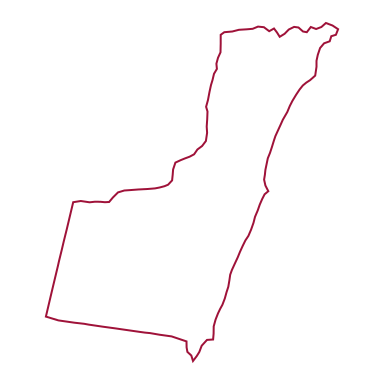 Vila Velha, Espírito Santo, Brazil
{"feature_id": "56859067B3847278912297", "entity_name": "Vila Velha", "entity_type": "district", "adm_level": 2, "iso_a3": "BRA", "parent_name": "Brazil", "parent_adm1": "Espírito Santo", "projection": "natural_earth1", "projection_center": [-40.359, -20.427], "detail": "fine", "context": "isolated", "style": "outline", "palette": "rose", "viewbox_px": 384, "rotation_deg": 0, "n_neighbors": 0, "source": "geoboundaries", "source_scale": "gbopen_adm2", "svg_char_len": 1922}
<svg xmlns="http://www.w3.org/2000/svg" viewBox="0 0 384 384"><path d="M197.4,149.5L194.1,154.3L189.6,156.7L185.0,158.4L180.8,160.1L175.4,162.6L173.1,169.5L172.7,174.7L172.1,180.4L168.1,184.7L164.5,186.2L159.6,187.5L155.0,188.4L147.6,189.0L138.0,189.5L131.5,190.0L124.3,190.5L118.0,192.4L112.9,197.5L109.1,202.0L104.9,202.2L100.5,201.8L95.1,201.7L89.6,202.3L80.8,201.0L73.2,202.2L71.7,208.5L66.8,229.1L63.8,241.2L61.7,250.1L59.0,261.1L57.9,266.0L52.4,289.0L50.6,296.6L45.9,316.6L58.4,320.4L74.4,322.7L84.2,323.8L88.6,324.6L102.9,326.7L115.5,328.4L120.3,329.1L139.8,331.9L144.9,332.6L150.1,333.1L159.4,334.7L171.6,336.4L186.5,341.4L186.6,347.4L187.4,351.9L191.3,355.5L193.0,361.0L196.8,356.0L199.3,352.0L201.7,345.7L207.0,339.9L213.1,339.5L213.6,333.7L213.7,326.4L215.6,319.5L218.0,313.4L220.2,308.8L222.4,304.8L224.8,298.5L226.6,292.0L228.3,286.8L229.4,280.3L230.2,274.7L231.9,270.0L234.6,264.1L237.8,257.2L240.0,251.8L242.7,245.9L245.4,240.4L248.4,235.9L251.1,229.6L253.5,222.8L255.0,216.9L257.7,210.5L259.8,204.5L262.2,199.0L264.6,194.3L268.3,191.2L265.4,185.5L264.1,179.6L264.9,174.7L265.4,169.9L266.6,164.1L267.8,158.3L270.0,152.9L271.9,147.1L273.9,140.6L275.4,136.1L278.5,129.3L280.8,124.3L282.8,119.8L287.3,112.0L289.8,106.0L292.4,100.9L296.2,94.6L299.6,89.5L302.8,85.5L306.3,82.6L310.0,80.2L315.2,75.6L316.5,66.8L316.5,60.8L317.8,54.8L320.1,48.0L324.1,43.3L329.7,41.3L331.3,36.2L335.9,34.8L338.1,29.2L332.5,25.5L325.9,23.0L321.4,27.0L316.1,29.0L310.8,27.0L306.8,32.2L303.0,31.5L298.5,27.5L294.1,26.9L288.8,29.5L284.6,33.8L279.7,36.8L277.0,32.5L274.0,28.5L269.2,31.2L263.9,27.2L258.0,26.6L252.7,28.8L246.9,29.3L238.9,29.8L232.3,31.5L224.3,32.2L220.7,34.8L220.7,43.6L220.5,52.3L218.0,57.8L216.4,63.7L216.9,68.9L214.0,73.8L212.5,80.1L211.0,85.0L209.5,91.9L208.0,99.9L206.1,106.8L207.5,111.5L207.2,119.3L206.7,126.6L207.1,132.8L205.9,141.0L202.1,146.0L197.4,149.5Z" fill="none" stroke="#9f1239" stroke-width="2"/></svg>